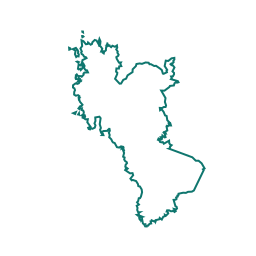 Portobelo, Colón, Panama (Robinson projection), rotated 294°
{"feature_id": "35544464B89301673090177", "entity_name": "Portobelo", "entity_type": "district", "adm_level": 2, "iso_a3": "PAN", "parent_name": "Panama", "parent_adm1": "Colón", "projection": "robinson", "projection_center": [-79.633, 9.507], "detail": "fine", "context": "isolated", "style": "outline", "palette": "teal", "viewbox_px": 256, "rotation_deg": 294, "n_neighbors": 0, "source": "geoboundaries", "source_scale": "gbopen_adm2", "svg_char_len": 5830}
<svg xmlns="http://www.w3.org/2000/svg" viewBox="0 0 256 256"><g transform="rotate(294 128 128)"><path d="M195.0,85.3L197.0,85.5L198.9,84.3L196.9,83.1L196.8,80.3L195.0,79.7L195.7,77.3L195.2,76.9L195.0,76.0L192.8,75.2L189.9,76.2L188.0,75.2L186.3,75.5L186.6,74.1L187.8,73.8L187.0,72.4L189.9,72.3L191.4,69.8L191.4,68.3L193.3,68.5L196.0,67.6L197.7,65.7L193.1,66.4L195.1,63.7L194.9,61.8L191.8,60.6L190.1,60.9L188.9,60.0L189.9,56.7L188.4,57.0L187.4,55.5L189.2,52.0L189.2,49.9L184.2,52.8L181.3,52.2L179.1,54.7L178.0,54.5L176.7,55.6L176.6,57.0L175.3,58.9L175.5,61.0L175.0,61.7L171.5,58.8L169.0,59.4L168.9,60.7L167.0,63.1L165.6,63.0L164.1,64.7L163.6,65.8L164.0,67.1L162.5,68.8L160.9,65.6L159.6,65.2L158.7,65.8L155.2,64.6L156.5,64.7L155.4,61.8L152.8,63.0L152.2,62.5L152.6,63.9L154.1,63.7L152.3,64.5L152.4,65.5L151.5,65.1L151.3,65.6L150.8,65.0L148.9,64.9L147.8,63.9L147.4,61.9L144.7,60.4L142.6,61.3L142.4,62.9L141.0,64.2L139.1,64.2L136.6,65.2L136.3,67.2L137.7,69.1L137.3,70.7L134.3,71.8L132.5,73.3L130.7,77.0L129.3,76.7L128.4,75.4L125.7,74.8L125.5,75.9L126.5,76.0L127.3,77.9L125.6,78.2L125.7,80.0L124.5,81.2L122.5,81.7L121.1,80.9L122.1,83.2L121.0,84.2L119.0,84.2L118.6,85.6L119.7,87.7L116.7,88.5L113.9,93.2L112.0,91.5L111.1,92.5L111.3,93.9L112.6,94.0L112.8,95.8L114.8,97.5L117.2,97.2L118.6,95.5L121.2,95.4L124.3,93.8L126.7,97.3L125.8,99.0L120.0,100.6L117.0,103.2L115.1,103.2L113.0,105.1L115.3,106.9L117.0,110.3L118.3,110.5L118.8,111.4L119.4,111.1L120.3,111.0L118.1,112.5L115.9,112.4L114.2,114.1L111.9,114.6L110.9,117.3L109.3,119.1L108.7,120.3L108.9,121.9L106.0,125.7L106.5,127.8L108.4,129.1L108.8,131.2L108.1,132.0L107.0,131.6L106.7,132.6L105.9,133.5L105.6,133.5L105.8,134.4L105.4,132.8L103.6,134.6L99.8,135.2L99.7,136.9L97.7,137.3L96.7,138.7L96.3,140.7L95.5,141.4L93.5,140.8L91.5,141.3L90.8,144.2L90.0,143.8L89.8,142.6L88.4,142.5L87.4,148.3L88.6,150.5L87.0,151.9L82.7,150.8L81.7,152.7L82.5,153.5L82.8,157.0L80.8,159.9L79.1,161.1L79.4,162.7L77.4,165.5L75.0,167.0L70.6,167.7L68.8,167.5L68.2,166.4L65.4,167.0L63.8,166.5L62.5,169.1L60.5,167.6L58.9,169.2L56.9,169.7L55.1,171.6L55.8,173.0L54.6,172.2L53.3,173.2L52.3,171.6L51.9,173.1L52.7,174.9L52.8,177.4L50.5,174.8L49.5,175.5L49.0,176.5L49.7,177.2L49.0,177.6L50.4,178.0L46.9,180.4L46.5,181.9L47.0,182.7L45.8,182.8L45.1,183.7L45.7,185.2L46.7,185.0L47.1,186.2L49.1,186.6L50.2,188.0L51.9,186.6L52.5,187.4L53.3,187.2L53.3,190.0L54.3,190.4L53.5,191.2L55.3,191.1L57.5,193.9L58.7,193.6L58.1,196.1L61.3,196.3L62.5,197.7L63.7,197.0L63.5,198.4L66.3,199.5L67.6,198.2L67.4,197.3L68.7,197.2L69.5,199.1L69.4,201.1L70.8,203.6L70.2,204.6L70.8,205.0L71.3,203.9L71.7,204.8L72.8,203.1L73.2,205.1L74.4,205.5L75.8,204.4L75.8,203.2L80.9,198.9L81.9,200.7L83.0,201.2L84.1,200.2L85.6,201.3L86.4,200.6L87.4,201.4L88.5,200.9L91.3,204.7L92.3,207.3L94.1,208.8L95.8,212.2L97.7,213.6L120.3,214.3L120.8,213.3L122.2,214.4L125.7,209.6L126.8,205.8L125.7,203.2L127.4,198.7L125.8,173.8L126.5,174.6L127.9,174.0L130.0,174.8L130.0,173.2L131.0,171.8L133.1,170.7L128.2,167.1L129.3,165.5L128.5,164.4L128.3,162.9L129.5,161.7L129.4,160.2L130.9,160.2L131.0,161.5L130.4,162.2L131.3,163.4L132.0,163.4L133.0,161.8L133.6,163.0L135.1,162.5L134.3,165.2L134.9,166.0L137.9,163.7L138.6,161.5L138.6,164.5L139.7,163.4L141.7,164.9L145.2,162.5L145.9,162.7L145.9,163.7L146.8,164.0L147.8,166.2L149.6,164.6L148.6,163.6L149.0,163.0L150.2,163.0L151.1,160.7L154.7,158.4L154.6,156.7L157.2,154.0L158.8,151.1L157.3,150.1L159.3,148.9L160.1,151.1L161.6,152.0L162.5,153.8L164.1,153.6L166.8,151.1L170.6,150.1L175.7,143.1L176.9,146.1L182.2,149.1L183.5,149.2L185.5,152.6L187.8,152.3L189.2,153.1L189.3,154.3L190.3,155.5L191.1,154.5L190.1,147.4L191.4,147.7L192.6,146.4L193.5,148.0L195.8,148.2L197.1,147.6L197.8,145.6L202.2,145.8L203.4,143.6L203.1,142.2L203.6,140.9L204.6,141.4L204.5,142.2L206.8,142.9L207.6,142.1L209.4,142.5L210.9,141.8L209.3,139.4L205.6,137.5L204.9,135.1L199.5,136.3L197.0,140.2L195.9,139.9L194.8,140.9L192.0,138.5L191.9,137.7L194.7,135.3L195.3,133.1L196.2,128.3L195.3,126.7L195.6,123.0L195.0,121.7L196.0,120.3L195.0,117.4L192.3,114.7L191.7,112.4L189.9,109.7L187.7,110.0L183.5,108.4L180.9,109.4L175.9,106.2L172.3,106.2L170.1,104.1L165.8,103.6L165.1,102.3L167.7,96.2L172.7,96.2L174.2,95.7L174.6,94.2L177.7,93.2L178.6,95.5L180.7,94.9L181.8,96.7L183.6,94.8L185.0,94.9L184.1,93.1L186.7,89.5L188.0,88.5L190.0,89.7L191.2,89.6L192.4,87.7L193.7,87.5L195.0,85.3ZM180.0,47.8L177.6,45.5L177.3,48.7L173.9,49.5L171.8,51.8L173.0,52.4L173.3,53.7L175.3,53.1L176.0,51.8L177.4,51.6L178.6,50.4L180.0,47.8ZM166.2,57.0L161.7,58.2L161.5,59.2L162.7,60.4L161.8,61.3L164.1,62.1L166.2,61.1L167.3,59.3L165.8,58.9L166.2,57.0ZM196.5,74.8L193.2,75.1L195.9,75.5L195.4,75.9L195.8,76.3L196.5,74.8ZM121.5,83.1L119.9,81.9L119.2,82.2L119.5,83.3L121.0,83.8L121.5,83.1ZM121.3,73.9L119.3,72.0L119.3,74.0L121.3,73.9ZM176.6,43.4L177.3,42.8L177.3,41.6L175.7,42.5L176.6,43.4ZM108.2,129.0L106.8,128.2L107.3,129.7L108.5,130.3L108.2,129.0ZM156.1,59.4L155.2,59.0L154.7,60.0L155.5,60.4L156.1,59.4ZM193.3,48.7L192.4,49.4L193.4,50.1L193.7,49.4L193.3,48.7ZM121.5,77.2L120.1,77.0L120.3,77.9L121.5,77.2ZM112.2,107.7L111.0,107.2L111.5,108.4L112.2,107.7ZM167.8,54.4L167.5,55.6L168.2,56.1L168.2,54.9L167.8,54.4ZM108.2,130.9L107.2,130.1L107.2,130.7L108.2,130.9ZM151.6,63.6L150.6,63.4L151.4,64.1L151.6,63.6ZM197.1,48.0L197.8,47.6L197.6,47.0L197.2,47.2L197.1,48.0ZM107.9,131.6L108.6,130.5L108.1,131.2L107.3,131.1L107.9,131.6ZM195.2,75.8L195.2,76.8L195.8,76.9L195.7,76.5L195.2,75.8ZM106.1,132.5L107.0,131.5L106.9,131.4L106.1,132.5ZM119.0,83.2L119.0,83.8L119.7,83.9L119.7,83.7L119.0,83.2ZM112.6,106.6L112.1,106.6L111.9,107.0L112.4,107.1L112.6,106.6ZM152.8,59.6L152.4,59.7L152.0,60.1L152.5,60.3L152.8,59.6ZM135.3,70.8L134.8,71.1L135.5,71.3L135.3,70.8ZM136.3,70.6L135.9,70.6L135.7,70.7L135.9,71.0L136.3,70.6ZM105.9,133.4L106.2,132.8L105.6,133.3L105.9,133.4Z" fill="none" stroke="#0f766e" stroke-width="2"/></g></svg>